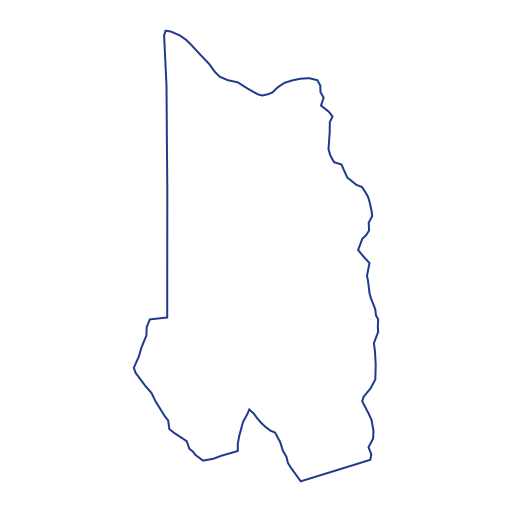 Centenário do Sul, Paraná, Brazil
{"feature_id": "56859067B19755192038958", "entity_name": "Centenário do Sul", "entity_type": "district", "adm_level": 2, "iso_a3": "BRA", "parent_name": "Brazil", "parent_adm1": "Paraná", "projection": "natural_earth1", "projection_center": [-51.549, -22.794], "detail": "fine", "context": "isolated", "style": "outline", "palette": "blue", "viewbox_px": 512, "rotation_deg": 0, "n_neighbors": 0, "source": "geoboundaries", "source_scale": "gbopen_adm2", "svg_char_len": 1584}
<svg xmlns="http://www.w3.org/2000/svg" viewBox="0 0 512 512"><path d="M165.6,30.7L164.1,35.5L166.5,85.7L166.9,140.7L167.3,188.6L167.2,317.5L149.8,319.4L146.7,327.2L146.4,335.5L141.3,347.9L138.9,356.4L133.8,367.8L135.7,373.0L145.0,385.5L151.5,393.0L155.6,401.5L161.8,411.4L164.8,416.3L168.2,420.5L169.3,429.0L173.7,432.6L186.7,441.2L189.3,448.7L192.8,451.5L195.6,455.1L203.0,460.6L213.2,458.8L221.5,455.7L233.4,452.3L237.8,451.0L237.8,443.7L239.3,435.7L243.0,422.0L247.3,414.2L249.3,409.5L253.8,413.6L257.5,418.7L261.6,423.3L264.9,426.4L270.3,430.6L275.1,432.6L280.1,441.9L282.9,450.8L286.4,456.7L287.9,462.9L290.6,467.3L300.7,481.3L370.3,459.8L371.3,454.4L368.5,447.2L373.1,438.6L373.5,430.8L371.5,419.9L368.7,413.7L362.2,401.3L363.7,396.6L370.4,388.6L375.3,379.5L375.7,365.2L375.0,351.8L373.9,343.2L378.2,331.8L377.8,326.7L378.2,319.4L376.0,315.5L375.2,309.0L371.1,298.8L369.6,293.7L368.0,280.8L367.0,275.8L369.5,263.1L363.1,256.1L358.1,250.0L362.4,238.6L365.9,235.5L369.1,230.5L368.7,222.7L372.2,216.1L371.6,211.1L369.6,202.0L368.0,196.8L365.5,192.4L362.0,187.0L356.5,184.9L352.9,182.0L347.3,177.6L344.4,171.2L341.5,164.5L334.0,162.2L330.3,155.4L328.5,149.2L329.7,132.1L329.8,122.2L332.5,116.5L329.0,111.9L321.0,105.6L323.6,97.7L320.5,92.1L320.3,85.6L317.4,80.2L309.2,78.2L300.7,78.7L292.7,80.3L284.5,82.8L277.7,87.3L272.5,92.4L268.1,94.2L262.3,95.5L258.3,94.5L254.3,92.4L249.7,89.8L243.8,86.2L237.7,82.3L232.1,81.1L227.8,80.2L219.7,76.7L214.7,71.7L209.3,64.1L200.2,54.6L190.4,44.0L185.8,39.6L179.9,35.5L170.8,31.5L165.6,30.7Z" fill="none" stroke="#1e3a8a" stroke-width="2"/></svg>